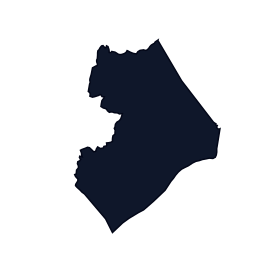 outline of Pekan, Pahang, Malaysia, rotated 49°
{"feature_id": "92858781B2818057588374", "entity_name": "Pekan", "entity_type": "district", "adm_level": 2, "iso_a3": "MYS", "parent_name": "Malaysia", "parent_adm1": "Pahang", "projection": "albers", "projection_center": [103.074, 3.304], "detail": "fine", "context": "isolated", "style": "filled", "palette": "ink", "viewbox_px": 256, "rotation_deg": 49, "n_neighbors": 0, "source": "geoboundaries", "source_scale": "gbopen_adm2", "svg_char_len": 2270}
<svg xmlns="http://www.w3.org/2000/svg" viewBox="0 0 256 256"><g transform="rotate(49 128 128)"><path d="M81.3,47.7L80.9,51.0L81.4,52.4L81.0,54.3L80.7,56.0L80.9,57.9L81.4,59.7L81.6,61.1L81.5,63.1L80.6,64.2L79.3,64.9L78.2,66.6L77.3,68.0L76.9,70.5L77.6,73.0L76.5,74.0L75.1,75.1L73.6,75.9L71.7,76.8L70.0,77.4L69.0,77.9L69.7,79.9L69.4,82.0L68.4,84.4L67.3,86.0L65.6,87.1L63.9,87.5L62.1,88.1L60.5,89.4L59.6,90.0L59.9,91.4L58.7,92.6L56.3,90.9L53.4,89.7L51.9,90.3L52.8,91.9L52.4,92.8L49.4,92.8L48.7,94.1L49.1,96.4L49.9,98.5L50.0,100.1L51.3,101.6L53.0,103.1L55.5,105.6L56.2,107.1L57.5,108.2L59.5,109.0L60.6,110.0L60.6,111.1L60.2,111.3L59.3,115.3L63.3,120.4L65.8,124.3L66.8,125.4L68.8,126.6L69.6,128.1L74.4,134.0L75.7,133.7L77.4,134.0L79.0,135.9L81.4,134.6L82.5,132.6L84.3,128.4L84.1,127.5L85.0,126.7L87.3,127.0L89.0,125.4L89.6,126.6L90.2,129.6L92.1,132.1L94.0,134.3L96.7,133.5L97.8,132.7L99.7,131.8L101.4,132.2L103.9,131.8L104.6,130.5L105.6,129.3L107.5,128.3L108.9,126.8L110.1,125.8L111.7,125.3L112.5,124.1L113.5,122.8L115.1,125.3L116.3,127.4L116.8,129.8L116.3,132.5L116.9,135.0L119.0,137.5L119.2,138.5L121.5,139.3L122.4,140.3L124.1,141.9L124.0,144.4L125.3,146.1L126.8,147.6L127.9,148.5L127.6,150.1L126.6,152.0L125.2,154.0L127.0,155.2L127.3,156.2L126.1,158.2L126.8,159.8L126.4,160.7L125.2,162.4L122.4,163.3L123.0,165.4L124.4,167.8L123.4,169.5L120.5,169.7L117.6,170.0L116.0,171.2L115.2,173.7L114.0,176.8L113.6,178.5L116.3,179.5L118.1,180.8L119.7,181.4L117.6,182.9L118.4,184.0L120.7,184.4L121.1,185.8L120.5,188.0L121.8,189.6L124.1,190.3L125.6,191.7L126.0,194.4L127.6,196.1L128.7,197.2L128.2,198.8L130.2,199.4L132.3,199.4L133.3,199.1L135.0,200.5L135.7,202.7L136.2,204.4L137.1,205.4L139.1,205.4L140.9,205.2L143.3,204.9L146.2,204.8L149.2,204.1L181.9,204.5L196.7,208.3L196.1,194.4L196.8,186.4L198.7,175.5L200.0,170.0L200.0,156.9L199.3,140.9L196.4,130.6L195.8,126.8L194.8,122.9L194.2,118.8L194.2,114.6L195.1,110.8L196.1,107.2L196.7,102.4L197.7,98.6L199.3,95.7L200.6,92.5L202.5,89.3L204.1,86.4L206.7,83.9L207.3,81.3L206.3,79.1L204.4,76.8L201.8,74.6L199.9,72.3L188.9,59.1L188.6,60.1L187.5,60.7L185.9,60.8L185.2,60.0L184.7,59.0L183.8,59.7L183.0,59.7L182.6,58.9L181.0,59.4L179.5,59.7L127.8,56.6L126.6,56.4L81.5,48.0L81.3,47.7Z" fill="#0f172a" stroke="#020617" stroke-width="1.5"/></g></svg>